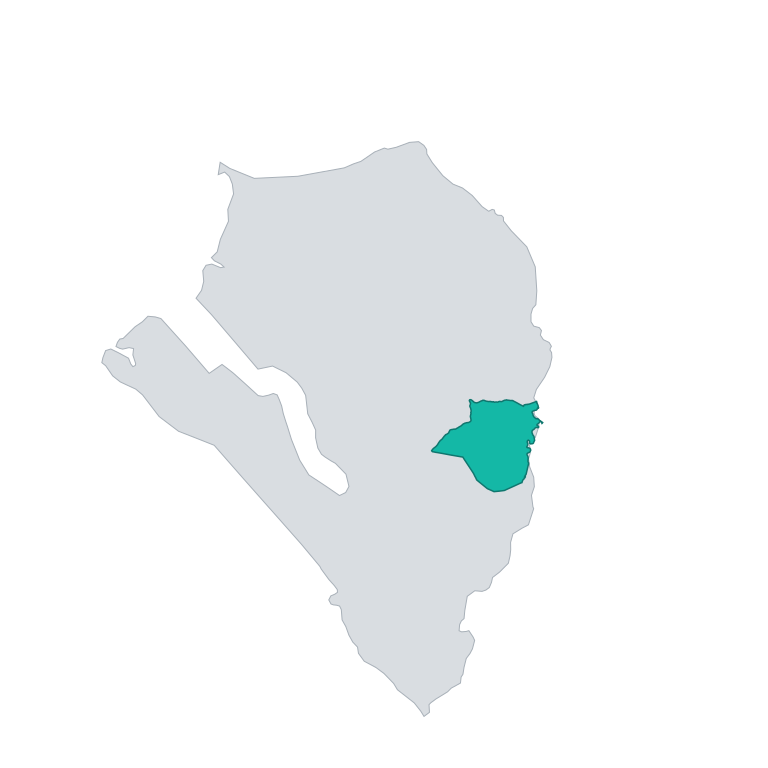 location of Kanel, Matam, Senegal, rotated 48°
{"feature_id": "50182788B72122084264725", "entity_name": "Kanel", "entity_type": "district", "adm_level": 2, "iso_a3": "SEN", "parent_name": "Senegal", "parent_adm1": "Matam", "projection": "albers", "projection_center": [-13.164, 15.01], "detail": "fine", "context": "in_parent", "style": "filled", "palette": "teal", "viewbox_px": 768, "rotation_deg": 48, "n_neighbors": 0, "source": "geoboundaries", "source_scale": "gbopen_adm2", "svg_char_len": 8800}
<svg xmlns="http://www.w3.org/2000/svg" viewBox="0 0 768 768"><g transform="rotate(48 384 384)"><path d="M576.8,356.2L585.3,370.9L583.5,378.0L581.6,388.4L586.4,395.9L592.0,400.8L596.0,405.3L600.4,411.5L601.1,423.9L600.4,432.8L603.3,436.8L605.7,441.9L605.3,446.2L603.7,449.9L598.4,454.9L597.5,464.2L606.3,475.4L611.9,481.5L611.8,485.0L613.4,488.8L617.6,493.3L620.1,492.2L622.9,488.5L624.1,486.0L631.6,487.1L635.2,488.2L640.0,495.5L641.8,500.4L643.0,506.5L648.1,514.1L652.5,519.5L653.4,522.8L657.4,527.3L655.0,537.5L655.3,542.7L652.8,556.3L652.2,562.7L652.4,565.1L658.4,569.9L657.8,576.7L651.8,575.6L641.3,574.9L620.2,578.6L613.0,577.2L599.1,577.7L589.3,579.7L576.8,584.2L567.1,583.2L561.8,579.7L554.9,579.9L547.1,578.1L538.8,574.7L531.3,573.0L523.1,566.7L519.3,565.6L516.6,567.3L514.3,569.4L512.0,570.6L507.5,569.5L505.9,565.3L507.3,561.2L507.7,558.0L505.6,556.3L500.6,555.8L492.6,555.8L479.6,554.5L476.6,553.7L447.6,552.6L417.4,552.3L391.9,552.1L359.7,551.8L337.0,551.5L315.9,551.2L299.4,559.4L281.7,568.3L257.8,572.9L230.5,570.7L221.7,571.9L212.6,575.8L205.9,578.6L196.4,580.2L184.2,578.6L179.3,579.4L176.3,575.2L172.9,568.5L175.2,563.6L182.7,560.6L193.9,556.6L199.7,558.8L203.1,559.0L203.8,556.4L202.7,554.9L194.4,551.2L190.1,546.4L186.4,549.1L183.2,554.9L180.6,556.6L176.8,558.1L174.7,554.2L173.8,550.3L175.6,547.4L174.9,530.7L176.1,521.9L175.7,514.1L181.1,509.1L186.1,506.0L205.6,506.0L223.8,506.0L241.3,506.4L259.1,506.8L261.1,491.3L266.7,490.2L275.1,488.7L290.9,487.0L308.4,485.3L312.2,482.3L315.1,477.2L317.0,472.6L320.6,470.7L325.5,472.3L331.9,474.8L338.5,478.6L346.1,482.1L351.2,484.3L363.3,489.9L384.2,497.6L401.3,500.7L422.1,495.3L437.1,491.7L439.0,485.1L436.7,478.6L425.6,472.6L410.4,473.2L405.7,474.8L398.7,476.7L394.4,477.5L387.3,476.0L378.2,470.8L372.5,465.6L364.6,463.1L355.1,460.6L340.0,449.8L332.1,447.9L324.6,447.2L310.2,449.2L296.1,454.8L288.6,467.7L274.5,467.3L244.6,466.5L217.2,465.8L194.5,466.3L192.3,456.9L187.1,449.3L178.5,442.8L176.7,436.8L179.7,431.7L188.2,427.6L190.1,424.6L185.7,425.0L179.0,427.6L174.6,427.7L174.2,419.5L167.0,408.8L159.0,390.7L149.7,383.2L142.1,368.6L133.9,362.9L126.4,360.1L119.9,360.6L117.5,367.1L109.6,357.4L120.7,354.3L144.4,342.8L172.0,309.0L196.8,268.9L200.0,259.4L203.1,252.2L205.3,235.7L208.9,225.9L212.1,224.0L216.3,216.5L221.5,203.4L227.1,196.1L233.4,194.7L238.2,195.4L241.7,198.2L251.8,200.0L268.6,200.9L281.6,199.0L290.9,194.5L302.9,192.3L317.9,192.4L325.7,190.6L326.6,186.8L328.5,185.6L331.6,187.2L334.6,186.6L337.3,183.9L340.1,183.8L342.8,186.1L355.3,186.9L377.6,186.1L398.1,193.2L417.0,208.1L426.7,218.1L427.3,223.0L430.4,228.0L436.1,233.1L441.2,234.0L446.0,230.9L449.6,231.2L452.3,235.1L457.7,235.9L463.7,233.5L468.0,234.4L468.8,236.6L469.8,237.9L472.7,238.4L476.6,241.4L482.1,249.2L486.5,260.2L490.0,274.4L494.5,282.0L500.2,283.3L503.5,286.2L504.2,289.5L505.8,291.8L508.5,293.1L513.3,292.3L519.0,297.1L525.0,307.4L526.0,312.1L525.0,314.6L525.4,316.4L529.4,318.2L533.2,321.6L536.4,326.7L543.1,331.2L553.4,335.1L560.9,341.0L565.4,348.9L574.9,355.5L576.8,356.2Z" fill="#d9dde1" stroke="#a8b0b8" stroke-width="1"/><path d="M542.6,333.7L540.5,330.7L540.3,330.2L540.1,330.0L539.2,329.3L538.2,329.0L537.8,328.8L537.5,328.5L537.1,328.0L536.6,327.6L535.9,326.8L534.9,326.0L534.6,325.8L533.3,325.3L532.4,325.1L531.8,324.7L531.6,324.4L531.5,324.1L531.5,323.5L531.8,322.3L532.1,321.6L532.1,321.4L532.1,320.9L531.6,319.7L531.4,319.3L530.9,319.0L530.3,318.7L529.8,318.7L529.3,318.8L528.9,318.9L528.6,319.0L527.2,320.1L526.9,320.2L526.5,320.2L526.3,320.0L526.2,319.9L526.1,319.4L525.8,318.7L525.5,318.2L524.9,317.5L524.1,316.9L523.4,316.7L522.8,316.3L522.3,315.6L522.1,315.1L522.2,314.6L522.3,314.3L522.7,314.2L523.4,314.0L524.0,314.1L524.5,314.6L525.1,315.2L525.3,315.3L526.1,315.4L526.3,315.4L526.5,315.3L526.6,315.0L526.7,314.8L527.0,314.6L527.6,313.8L527.9,313.1L527.9,312.5L527.8,312.3L527.2,311.2L526.8,310.0L526.6,309.7L525.7,309.2L524.7,308.6L523.6,307.8L523.0,307.6L521.1,307.4L520.4,307.0L519.4,306.7L518.4,305.9L518.1,305.5L517.8,304.8L517.8,304.1L517.9,303.7L518.0,302.5L518.0,302.1L517.8,301.3L517.9,300.4L518.1,300.0L518.8,299.4L519.3,299.0L519.5,298.7L519.7,298.2L519.5,297.9L519.1,297.6L518.4,297.6L517.4,297.9L517.2,297.9L516.8,297.8L516.6,297.5L516.5,297.2L516.5,296.9L516.6,295.5L516.6,294.6L516.4,293.7L516.5,292.9L516.9,292.8L517.3,292.5L517.7,292.4L518.0,292.6L518.5,292.6L518.7,292.9L519.0,293.0L519.0,292.5L518.8,292.4L518.6,292.4L518.5,292.1L518.6,291.9L518.4,291.9L517.7,292.2L517.4,292.2L517.1,292.4L517.0,292.6L516.9,292.7L516.7,292.6L516.4,292.4L516.2,292.3L515.7,292.6L515.2,292.8L515.0,292.7L514.4,292.7L513.2,292.9L512.8,293.0L512.2,293.5L511.9,293.7L511.6,294.2L511.4,294.3L511.0,294.4L510.5,294.4L509.2,294.6L508.3,294.5L507.6,294.4L506.5,293.9L506.2,293.6L505.8,293.4L505.3,293.3L504.6,293.2L504.2,293.0L503.9,292.7L503.7,292.1L503.8,291.8L504.0,290.8L504.1,290.3L504.4,289.7L505.2,288.6L505.3,288.3L505.3,287.9L505.3,287.5L505.2,287.0L505.1,286.8L504.7,286.3L504.6,286.0L504.7,285.9L505.0,285.8L505.2,285.7L505.3,285.5L505.2,285.2L505.0,284.9L504.0,284.6L503.6,284.2L502.7,283.8L500.7,283.1L499.7,282.6L499.7,282.8L500.0,282.9L500.0,283.0L499.8,282.9L499.5,282.7L499.2,282.5L499.0,282.4L495.9,290.1L495.7,290.2L495.5,290.3L495.3,290.5L495.1,291.4L494.7,291.7L494.4,291.9L494.2,292.1L494.1,292.4L493.9,293.0L493.6,293.3L493.4,293.8L493.4,294.2L493.5,294.6L494.2,295.2L494.4,295.2L494.1,295.3L493.9,295.4L493.4,295.5L491.5,296.2L491.1,296.4L489.9,296.8L488.8,297.2L487.8,297.5L485.9,298.2L485.6,298.3L483.8,299.0L483.4,299.1L482.3,299.5L482.1,299.9L481.7,300.1L481.6,300.3L481.1,300.9L479.4,302.3L479.2,302.5L478.6,303.1L477.9,303.4L477.8,303.8L477.6,304.0L477.4,304.4L477.0,304.8L476.4,306.2L475.9,308.2L475.8,308.3L475.6,308.6L475.1,309.0L474.6,309.5L474.3,309.7L474.1,310.0L473.8,310.8L473.7,311.3L473.4,311.8L473.3,312.0L472.9,312.2L472.3,312.8L471.6,313.9L471.4,314.2L471.2,314.2L471.0,314.3L470.6,314.4L470.4,314.5L470.1,315.1L470.0,315.3L469.6,315.5L469.4,315.6L469.3,315.8L469.1,315.9L468.9,316.3L468.5,316.4L468.2,316.7L467.9,316.8L467.6,317.2L467.3,317.8L466.6,318.3L466.3,318.5L466.2,318.7L466.0,318.9L465.0,319.6L464.8,319.7L464.6,319.9L464.3,320.0L464.2,320.1L463.5,320.3L462.6,321.0L462.4,321.4L462.2,321.5L462.0,322.5L461.9,322.6L461.7,323.0L461.6,323.4L461.5,323.5L461.3,324.3L461.2,324.8L461.2,325.0L461.1,325.4L460.9,325.8L460.9,326.0L460.2,327.4L460.2,327.6L459.8,328.0L459.2,328.4L458.7,328.9L458.3,329.0L458.1,329.2L457.7,329.3L457.3,329.3L456.1,329.5L456.0,329.4L455.7,329.5L455.4,329.5L455.2,329.6L454.8,329.6L454.6,329.7L454.3,329.8L453.8,329.9L453.6,330.1L453.2,330.6L453.1,331.0L453.3,331.5L453.5,331.6L453.6,331.8L453.9,331.9L454.8,332.2L455.0,332.1L455.7,332.4L455.8,332.4L455.9,332.5L456.1,332.5L456.4,332.7L456.5,333.0L457.1,333.7L457.4,334.4L457.6,334.7L458.3,335.3L459.2,335.5L459.3,335.6L459.6,335.7L460.0,335.8L460.7,336.3L461.5,336.6L461.9,337.0L462.3,337.2L462.5,337.5L462.8,337.8L462.9,338.0L463.2,338.4L463.2,338.5L463.4,338.7L464.4,339.3L464.5,339.7L464.9,340.2L465.3,340.8L465.7,341.3L466.0,341.6L466.2,341.8L466.9,342.1L468.0,342.8L468.5,343.1L469.4,343.8L469.6,344.4L469.6,345.3L469.6,345.7L469.5,345.9L469.4,346.4L469.2,346.8L469.0,347.3L468.6,347.7L467.9,348.7L467.5,349.7L467.2,350.1L467.1,350.7L466.7,351.8L466.7,352.9L466.7,353.3L466.7,353.5L466.7,354.6L466.7,354.9L466.5,355.4L466.3,356.5L466.2,356.7L466.1,357.0L466.2,357.5L466.0,358.0L465.9,358.9L465.7,359.3L465.5,360.5L465.4,361.0L465.3,361.3L465.2,361.5L464.9,361.6L464.5,362.0L464.4,362.3L463.9,362.8L463.6,363.6L462.9,364.5L462.7,364.9L462.5,365.6L462.4,366.0L462.5,366.4L462.9,366.9L463.1,367.5L463.1,367.9L463.4,368.3L463.6,368.6L463.6,369.3L463.4,369.9L463.4,370.5L463.3,371.0L463.3,371.3L463.2,371.5L462.9,372.0L462.9,372.5L463.1,372.8L463.1,373.3L463.1,374.3L463.3,375.0L463.5,376.2L463.8,377.6L463.8,378.2L463.7,379.9L463.8,380.8L464.2,382.5L464.3,383.0L464.6,383.6L464.7,384.4L465.0,385.0L465.0,385.5L465.2,387.1L465.2,387.3L465.1,388.9L465.0,389.7L465.0,390.5L465.1,391.1L465.0,391.5L465.1,391.8L465.3,392.3L465.3,393.0L465.5,393.3L466.7,393.3L468.0,392.3L469.4,391.3L470.7,390.2L474.8,387.0L481.6,381.8L491.1,374.3L493.8,374.8L496.5,375.2L509.6,377.2L511.4,377.6L512.9,378.1L515.1,378.6L517.3,379.3L519.5,379.0L531.0,377.2L535.4,375.2L537.6,374.3L540.7,370.1L543.6,365.9L543.8,365.5L544.1,364.4L545.3,360.6L547.0,355.3L547.8,352.7L548.6,350.1L549.4,347.8L549.6,347.5L549.5,347.3L549.2,346.9L549.1,346.7L548.8,346.1L548.6,345.7L548.4,345.5L548.3,345.1L548.3,344.8L548.2,344.5L548.2,344.2L548.3,343.9L548.1,343.6L548.1,343.3L547.8,342.5L547.9,342.3L547.7,342.1L547.2,341.9L547.2,341.7L547.4,341.5L547.2,341.3L546.9,341.1L546.9,340.9L547.0,340.9L546.9,340.8L547.1,340.7L546.5,340.2L546.4,340.0L546.4,339.6L546.3,339.3L546.1,338.7L542.6,333.7Z" fill="#14b8a6" stroke="#0f766e" stroke-width="1.5"/></g></svg>